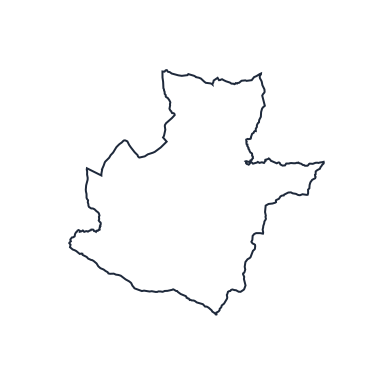 outline of Labranza Grande, Boyacá, Colombia, rotated 69°
{"feature_id": "7082276B6465404619249", "entity_name": "Labranza Grande", "entity_type": "district", "adm_level": 2, "iso_a3": "COL", "parent_name": "Colombia", "parent_adm1": "Boyacá", "projection": "mercator", "projection_center": [-72.59, 5.546], "detail": "fine", "context": "isolated", "style": "outline", "palette": "slate", "viewbox_px": 384, "rotation_deg": 69, "n_neighbors": 0, "source": "geoboundaries", "source_scale": "gbopen_adm2", "svg_char_len": 6041}
<svg xmlns="http://www.w3.org/2000/svg" viewBox="0 0 384 384"><g transform="rotate(69 192 192)"><path d="M256.3,140.6L255.1,140.0L252.4,139.5L250.6,138.3L249.2,137.6L247.2,135.9L245.4,134.9L244.1,133.1L243.5,132.6L241.5,132.3L240.7,131.6L236.9,131.0L231.1,128.1L230.6,124.8L231.6,121.0L231.8,118.2L231.6,117.2L229.9,116.7L229.7,116.3L229.5,113.3L227.8,110.9L227.6,109.1L228.1,107.6L227.5,106.9L227.0,102.3L227.8,99.8L229.3,98.5L231.0,95.6L232.6,94.2L233.3,93.2L233.7,92.3L233.7,89.6L235.7,86.1L236.0,85.0L234.7,84.0L231.4,82.8L230.6,81.1L227.6,79.7L225.4,78.0L223.7,75.4L223.3,72.1L222.2,71.2L221.6,71.4L220.0,71.0L219.8,70.3L217.1,69.1L216.5,67.3L216.1,64.2L215.0,63.3L214.3,62.0L213.4,60.9L212.6,59.0L212.0,58.5L211.0,58.3L210.8,59.9L210.3,62.0L210.2,63.5L209.6,64.4L209.0,66.2L209.0,69.1L207.7,71.9L207.8,72.7L208.7,74.1L208.8,74.9L208.0,77.1L207.0,77.8L206.6,78.7L204.7,80.0L203.8,81.3L202.7,82.1L202.9,82.7L202.5,83.0L202.2,84.1L202.3,84.8L201.7,86.6L200.6,88.8L200.2,90.2L200.2,91.3L199.2,93.8L200.5,95.7L199.8,98.0L198.0,99.6L196.3,99.7L195.6,100.2L195.4,100.8L195.6,102.6L191.9,106.3L191.4,107.0L189.7,107.5L188.2,108.3L188.5,109.3L188.2,112.0L188.5,112.2L189.3,112.1L189.6,113.1L190.5,113.9L190.7,114.4L189.3,116.1L189.0,118.6L187.5,119.8L187.8,120.8L187.4,124.9L185.2,126.0L185.3,126.6L186.7,128.8L186.8,129.3L186.2,129.8L185.7,130.6L184.6,131.2L183.0,130.8L182.6,131.0L182.6,130.4L182.9,129.9L183.4,130.0L183.6,129.8L183.7,129.0L184.2,128.2L184.3,127.3L184.2,126.8L183.5,126.2L183.7,125.6L183.2,124.9L183.3,124.3L182.4,123.6L182.2,122.9L181.4,122.8L180.8,122.5L179.6,122.9L179.2,122.6L177.6,122.2L176.7,122.7L176.1,123.3L173.9,123.6L172.9,123.4L172.1,123.8L171.7,123.6L171.3,123.7L170.9,123.4L168.8,123.9L168.2,123.5L167.7,123.6L167.5,123.4L167.1,123.9L165.5,123.6L164.7,122.9L164.2,123.1L162.5,122.6L162.4,121.0L163.0,120.1L163.3,118.3L162.7,117.9L162.6,117.5L161.8,117.2L159.2,115.0L158.8,113.2L157.9,112.4L157.7,111.8L157.6,111.3L158.0,110.6L155.8,109.8L154.5,108.1L153.3,107.7L152.3,106.9L151.3,105.7L151.0,104.6L148.8,103.4L146.5,100.8L142.1,98.8L139.4,96.8L138.5,95.6L137.6,93.1L127.2,91.9L126.2,90.8L125.0,88.7L124.2,88.2L122.1,87.6L117.5,88.0L114.2,87.4L112.8,87.4L110.3,87.8L109.1,87.6L107.9,87.1L106.9,85.5L106.1,85.1L106.2,86.7L106.9,90.3L107.0,92.9L109.0,96.2L107.8,101.2L106.9,102.2L105.9,105.9L106.9,108.9L106.6,110.2L106.9,111.1L106.1,111.8L106.0,112.2L106.5,113.0L106.5,113.9L105.9,114.3L104.9,116.4L103.4,117.4L100.9,120.5L98.8,122.5L97.6,123.4L97.4,124.3L97.6,125.3L97.3,126.7L94.6,127.2L95.7,131.8L97.5,133.0L98.4,134.3L98.9,134.4L98.1,134.8L97.2,135.9L95.0,140.0L93.4,141.0L89.3,143.0L87.8,144.6L86.2,147.1L85.9,147.1L84.2,148.5L82.9,150.2L80.6,153.2L81.3,154.3L79.9,159.9L78.2,162.9L74.1,168.5L72.0,169.9L71.3,171.2L70.6,171.6L69.4,171.7L69.0,172.3L69.0,173.1L69.8,174.5L68.9,176.4L74.5,178.5L78.9,179.5L84.9,181.5L86.1,181.4L87.2,181.7L88.7,181.7L90.6,182.3L92.1,181.8L93.4,182.3L93.9,182.2L95.7,180.9L98.1,180.3L100.1,180.1L100.8,180.2L102.0,181.1L103.1,181.3L106.2,183.2L108.2,183.0L109.4,182.4L110.3,182.5L111.2,182.3L111.8,181.0L112.3,180.6L113.0,180.4L114.0,180.6L115.8,184.3L118.5,191.6L119.8,193.3L120.8,193.8L124.3,194.6L128.9,197.6L130.0,198.5L130.7,199.5L135.9,197.6L139.2,205.2L141.2,212.4L141.3,214.5L141.0,219.7L141.8,223.3L141.0,228.7L140.7,229.1L139.4,229.7L138.1,229.6L134.3,231.3L128.4,233.1L125.6,233.8L121.6,234.2L120.0,235.7L119.5,236.9L119.7,237.9L120.6,239.8L121.3,242.6L122.2,244.7L123.1,246.6L126.9,251.5L128.5,254.8L130.3,257.0L132.5,262.0L133.1,262.8L135.8,265.1L138.7,268.0L139.0,267.9L142.2,269.9L144.1,270.7L132.2,281.6L133.3,282.2L135.5,282.6L138.1,283.7L141.4,284.3L143.2,285.1L147.8,288.4L151.7,290.3L153.4,290.8L156.1,291.2L159.6,292.5L160.8,292.5L162.5,292.0L164.3,293.0L166.1,293.1L167.8,293.6L169.1,293.5L171.2,292.0L171.9,290.4L173.2,289.2L175.8,288.0L177.1,287.1L178.5,286.6L180.8,286.8L181.8,287.8L183.9,288.3L185.2,289.3L186.7,288.9L187.8,288.3L188.8,288.5L189.3,288.7L190.1,289.6L190.9,289.6L191.0,290.3L192.1,290.6L192.6,291.4L193.9,291.6L194.2,291.9L193.9,293.0L194.5,293.9L194.0,294.9L194.8,295.9L194.0,296.4L193.4,297.4L191.9,297.6L191.6,298.0L191.0,299.6L191.5,300.3L191.3,301.2L191.7,303.2L191.5,303.7L191.0,304.0L190.6,304.9L190.6,306.8L190.2,307.2L189.2,307.4L188.8,307.7L189.1,309.3L188.9,310.9L188.2,310.5L186.9,311.5L187.0,312.7L187.8,313.7L188.1,314.8L189.4,316.3L191.4,317.5L191.7,319.2L191.4,320.4L192.6,322.4L193.1,322.8L194.6,322.7L195.3,324.5L195.7,324.9L197.7,324.3L199.8,325.7L202.9,324.0L204.4,322.3L205.7,321.2L209.6,319.0L209.8,317.3L210.3,316.5L210.9,316.8L211.6,316.6L214.9,313.6L217.0,312.8L219.4,310.4L219.9,309.5L221.4,308.4L224.5,306.7L227.8,306.1L230.3,304.8L232.7,302.3L234.8,301.0L236.6,299.5L238.1,299.2L239.0,297.8L240.2,294.3L241.9,292.6L243.1,290.4L244.6,288.5L249.8,285.3L252.9,282.7L254.6,281.7L255.3,281.4L258.1,281.2L260.4,280.4L261.1,280.3L261.7,279.8L266.5,274.3L266.9,272.1L269.7,267.3L270.2,265.1L272.3,261.7L272.8,260.4L272.8,258.9L273.6,257.0L274.6,255.3L274.7,254.1L274.6,253.0L275.5,250.3L276.2,245.7L276.1,244.7L276.3,244.2L278.7,242.3L279.2,241.3L280.1,241.1L283.2,239.1L287.0,235.1L288.0,234.8L288.7,235.0L289.3,234.5L289.5,234.1L289.9,234.0L290.4,233.2L292.0,232.8L292.1,232.0L293.0,231.3L294.0,229.2L294.9,228.3L296.8,227.1L300.6,222.1L303.7,220.8L304.3,219.3L305.9,218.0L309.5,216.1L310.9,215.9L313.7,213.9L314.7,213.8L315.1,213.3L315.1,213.0L313.3,212.4L313.1,210.2L312.7,209.4L312.2,208.6L311.0,208.0L310.1,206.0L308.6,204.9L307.7,202.1L304.1,197.5L302.9,196.8L300.6,196.4L299.7,195.4L298.1,194.2L297.9,193.3L298.1,191.7L297.4,190.5L297.5,189.2L298.8,187.5L299.5,186.1L301.8,184.2L302.6,182.4L301.8,178.8L301.3,178.0L298.4,175.5L291.8,174.7L290.0,173.7L286.9,173.8L286.3,173.4L286.1,172.4L285.6,171.7L283.5,170.1L280.7,169.6L276.5,167.2L274.7,164.3L274.3,161.8L273.8,160.7L268.8,156.2L267.9,154.0L267.5,153.6L265.2,152.4L263.9,152.1L263.3,152.4L261.7,153.9L259.8,154.4L258.3,152.8L254.7,151.1L253.5,148.9L253.4,146.9L255.1,142.5L256.1,141.2L256.3,140.6Z" fill="none" stroke="#1e293b" stroke-width="2"/></g></svg>